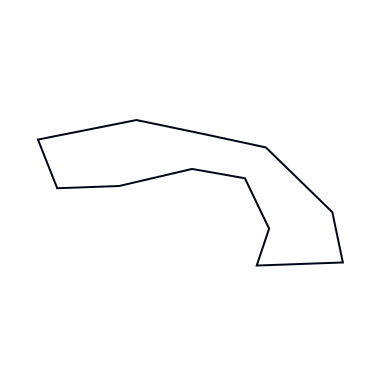 Southampton, Albers equal-area conic projection, rotated 190°
{"feature_id": "BMU-5143", "entity_name": "Southampton", "entity_type": "state/province", "adm_level": 1, "iso_a3": "BMU", "parent_name": "Bermuda", "parent_adm1": "", "projection": "albers", "projection_center": [-64.851, 32.259], "detail": "fine", "context": "isolated", "style": "outline", "palette": "ink", "viewbox_px": 384, "rotation_deg": 190, "n_neighbors": 0, "source": "natural_earth", "source_scale": "10m", "svg_char_len": 320}
<svg xmlns="http://www.w3.org/2000/svg" viewBox="0 0 384 384"><g transform="rotate(190 192 192)"><path d="M115.5,130.8L109.7,169.3L142.3,214.7L196.0,214.7L265.0,185.2L325.4,172.3L352.8,216.9L259.3,253.2L184.5,250.9L127.0,248.7L50.3,196.5L31.2,148.8L115.5,130.8Z" fill="none" stroke="#020617" stroke-width="2"/></g></svg>